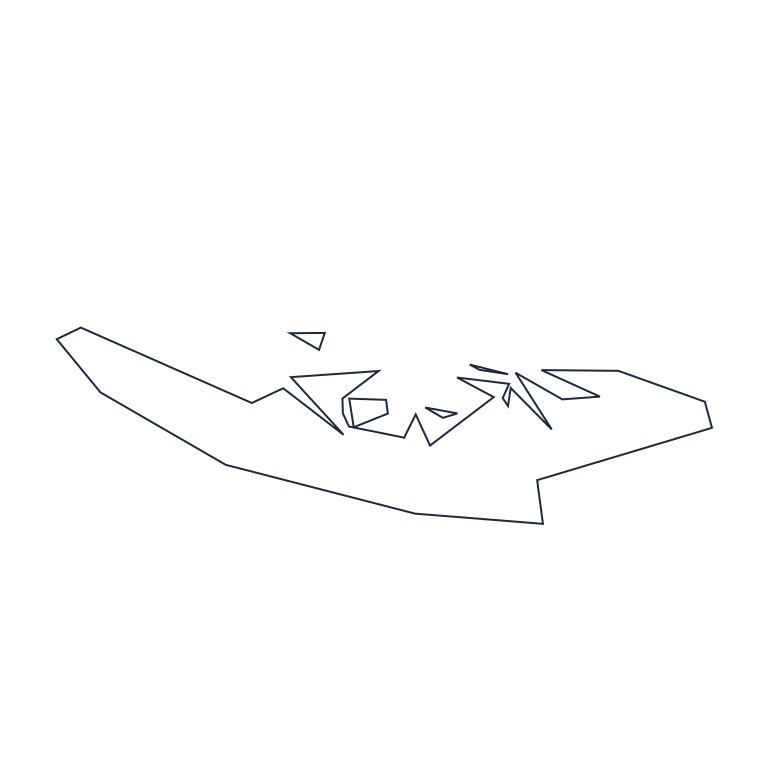 outline of Rakhine, rotated 125°
{"feature_id": "MMR-3273", "entity_name": "Rakhine", "entity_type": "State", "adm_level": 1, "iso_a3": "MMR", "parent_name": "Myanmar", "parent_adm1": "", "projection": "robinson", "projection_center": [93.662, 19.414], "detail": "coarse", "context": "isolated", "style": "outline", "palette": "slate", "viewbox_px": 768, "rotation_deg": 125, "n_neighbors": 0, "source": "natural_earth", "source_scale": "10m", "svg_char_len": 768}
<svg xmlns="http://www.w3.org/2000/svg" viewBox="0 0 768 768"><g transform="rotate(125 384 384)"><path d="M231.8,90.2L374.9,203.4L407.4,173.6L472.4,284.2L541.0,467.3L553.5,611.4L535.0,677.8L511.7,664.7L475.4,481.4L445.3,464.1L448.8,388.0L431.8,464.2L376.5,395.9L419.8,409.7L431.7,400.8L438.9,388.3L416.4,336.7L390.7,340.6L408.0,311.0L331.8,286.6L336.8,327.9L312.1,281.6L327.5,278.7L330.9,269.8L314.6,277.9L325.0,220.5L299.3,282.7L294.3,229.1L270.5,199.9L282.3,263.0L238.8,199.6L214.5,111.0L231.8,90.2ZM436.8,384.0L415.9,404.1L395.8,373.2L406.0,363.9L436.8,384.0ZM393.3,456.8L396.2,489.9L376.1,461.8L393.3,456.8ZM378.0,316.4L379.6,336.7L366.0,307.0L378.0,316.4ZM304.8,288.0L317.6,313.8L318.9,324.9L304.8,288.0Z" fill="none" stroke="#1e293b" stroke-width="2"/></g></svg>